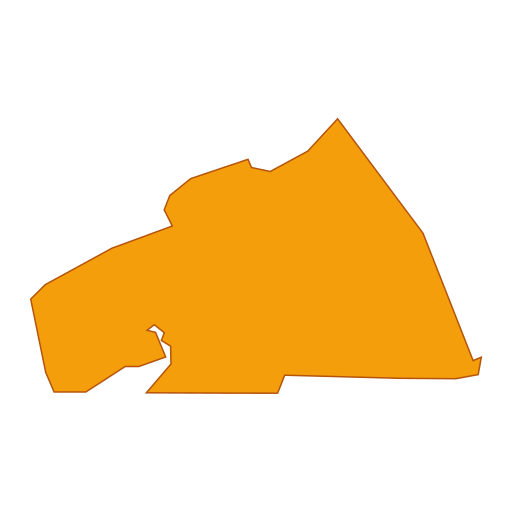 Washington, Virginia, United States of America (Equal Earth projection)
{"feature_id": "52423323B33364650574502", "entity_name": "Washington", "entity_type": "district", "adm_level": 2, "iso_a3": "USA", "parent_name": "United States of America", "parent_adm1": "Virginia", "projection": "equal_earth", "projection_center": [-82.018, 36.762], "detail": "fine", "context": "isolated", "style": "filled", "palette": "amber", "viewbox_px": 512, "rotation_deg": 0, "n_neighbors": 0, "source": "geoboundaries", "source_scale": "gbopen_adm2", "svg_char_len": 583}
<svg xmlns="http://www.w3.org/2000/svg" viewBox="0 0 512 512"><path d="M146.4,392.8L224.6,393.1L277.6,393.2L284.7,375.2L344.2,376.8L400.0,378.3L455.9,378.7L478.2,374.6L481.3,357.2L473.1,360.6L423.0,233.2L397.5,199.1L337.6,118.8L307.8,151.1L270.2,171.5L251.5,167.5L248.0,159.3L190.7,178.6L169.8,195.5L164.2,209.8L172.3,226.0L111.9,248.2L45.3,284.6L30.7,299.1L45.7,372.3L54.1,392.0L85.8,392.0L125.2,366.5L138.8,366.5L165.7,357.0L155.5,332.3L147.0,330.3L154.3,324.7L164.3,332.7L161.4,340.5L170.6,346.2L171.0,364.0L146.4,392.8Z" fill="#f59e0b" stroke="#b45309" stroke-width="1.5"/></svg>